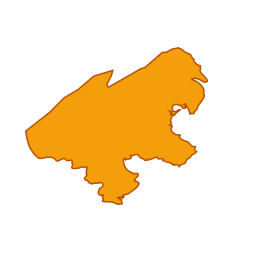 an SVG outline of Norðurland vestra, rotated 149°
{"feature_id": "ISL-697", "entity_name": "Norðurland vestra", "entity_type": "Region", "adm_level": 1, "iso_a3": "ISL", "parent_name": "Iceland", "parent_adm1": "", "projection": "robinson", "projection_center": [-19.727, 65.454], "detail": "fine", "context": "isolated", "style": "filled", "palette": "amber", "viewbox_px": 256, "rotation_deg": 149, "n_neighbors": 0, "source": "natural_earth", "source_scale": "10m", "svg_char_len": 5379}
<svg xmlns="http://www.w3.org/2000/svg" viewBox="0 0 256 256"><g transform="rotate(149 128 128)"><path d="M36.2,152.4L36.9,152.1L37.4,150.9L36.4,148.8L36.3,147.3L36.1,146.7L35.5,145.8L34.3,144.5L33.8,143.7L34.8,142.8L35.2,142.5L35.0,141.7L35.4,141.2L36.1,140.7L36.6,140.2L37.0,138.8L37.0,137.6L35.6,131.0L35.4,128.2L36.3,127.0L38.4,127.6L39.8,129.2L41.8,132.9L43.8,135.0L44.1,135.6L44.5,136.3L46.8,136.7L47.8,137.1L48.3,136.5L46.5,134.5L45.0,131.8L43.8,128.9L43.3,126.4L43.0,124.3L43.0,122.9L43.3,121.6L43.6,121.1L44.4,120.3L44.8,119.9L45.5,117.3L45.7,116.8L47.8,114.6L55.5,111.4L59.7,108.4L60.9,108.1L62.2,107.9L63.2,107.5L63.4,106.6L64.3,106.6L65.0,106.8L66.2,107.8L66.5,107.9L67.4,107.8L67.6,107.8L67.8,108.6L67.6,108.8L67.3,108.9L67.1,109.1L66.6,112.6L66.5,114.3L67.0,115.6L66.2,117.1L66.2,118.6L66.9,119.5L68.4,119.2L67.7,117.6L67.9,116.2L68.7,115.5L70.3,116.2L70.9,116.8L71.0,117.1L70.9,117.7L71.2,118.7L70.9,119.3L70.8,119.9L70.8,120.4L71.0,120.4L72.3,120.8L72.6,121.0L73.1,121.7L73.4,122.3L73.7,122.8L74.4,123.4L75.2,123.7L76.0,123.9L76.9,124.0L77.7,123.9L77.9,123.8L79.2,123.4L79.8,122.4L80.2,121.1L81.0,119.2L80.2,118.8L79.2,117.7L78.4,117.4L76.1,117.5L75.0,117.4L74.0,116.8L76.3,116.3L78.4,116.2L79.3,116.0L81.2,115.2L82.2,115.0L83.0,115.9L82.7,119.7L83.7,121.0L83.5,119.6L84.1,118.5L84.5,117.5L83.7,116.2L84.5,115.1L86.7,113.4L87.8,112.3L88.0,111.7L88.1,110.3L88.4,109.6L89.1,109.3L90.3,109.3L91.7,109.1L90.2,108.9L89.3,107.8L89.2,106.6L90.1,106.1L91.0,105.7L91.6,104.8L92.1,103.6L92.2,102.2L91.7,99.9L90.4,97.9L88.7,96.3L87.1,95.3L87.1,94.7L88.9,93.8L88.3,91.3L86.5,88.4L84.0,85.4L83.5,84.5L83.1,81.5L82.7,80.1L82.0,79.0L81.0,78.1L79.8,77.3L80.9,76.5L81.8,75.1L82.1,73.7L81.3,72.6L82.6,72.0L84.2,71.8L87.0,72.0L87.7,71.9L88.9,71.1L89.6,70.8L90.5,70.7L92.9,70.8L94.2,70.4L96.6,68.8L97.7,68.4L101.0,69.1L101.7,69.1L102.5,69.2L103.9,68.4L104.2,70.3L105.1,71.4L106.4,72.1L108.0,72.6L107.6,73.3L108.3,73.6L108.8,74.3L109.4,75.6L110.3,76.9L113.1,79.8L113.5,80.5L113.8,81.2L114.1,81.8L114.9,82.1L114.7,82.4L114.3,83.1L114.0,83.3L115.3,84.5L117.1,85.4L118.3,86.5L118.2,88.1L119.4,88.8L123.0,89.1L125.7,90.0L126.6,90.0L127.3,90.1L128.1,90.8L128.5,91.1L129.4,91.0L129.8,91.1L130.2,91.8L130.4,92.4L130.5,93.0L130.7,93.6L132.2,95.3L132.6,95.9L132.9,97.0L133.2,99.4L133.7,100.4L135.1,101.4L138.6,102.0L140.0,103.1L140.4,101.2L140.9,100.6L142.9,100.7L143.2,100.9L144.1,101.6L144.6,101.8L145.4,102.0L147.3,101.9L146.7,102.1L146.2,102.4L146.0,102.8L146.2,103.5L146.8,103.5L148.1,103.1L148.8,102.6L149.4,101.3L150.1,98.9L150.6,96.3L150.6,94.1L150.2,92.1L149.2,89.9L147.3,86.9L147.1,86.4L143.1,84.0L143.1,83.4L143.4,82.5L144.0,81.8L144.8,81.5L146.0,81.4L147.4,80.9L148.6,80.2L149.6,79.2L148.9,78.7L148.2,78.0L147.7,77.2L147.0,75.3L147.0,75.0L147.3,74.8L148.0,74.1L149.2,73.3L153.0,72.2L162.0,71.4L165.2,72.6L166.9,72.8L166.7,71.4L167.2,71.0L167.8,70.8L168.4,70.7L169.0,70.8L168.8,71.2L168.6,72.0L169.9,72.3L172.2,73.6L173.6,73.7L172.7,73.3L172.1,72.8L171.7,72.2L171.3,71.4L171.8,71.4L171.8,70.8L171.4,70.7L170.8,70.3L170.4,70.2L170.4,69.6L171.0,69.0L171.7,67.0L172.1,66.1L172.5,66.2L175.6,67.7L176.1,68.1L176.7,68.7L177.8,70.4L180.1,72.9L180.9,73.6L186.5,77.2L187.4,78.2L187.4,78.9L186.3,79.4L186.0,79.6L185.8,79.8L185.7,79.8L185.6,80.1L185.6,80.4L185.6,80.7L185.7,81.3L185.7,81.6L185.6,81.8L185.4,82.0L185.1,82.2L184.7,82.4L184.2,82.6L183.9,82.8L183.7,83.2L183.9,83.4L184.1,83.6L185.3,83.9L186.1,84.3L186.5,84.7L186.8,85.3L187.0,86.1L187.1,86.9L187.0,87.5L186.7,88.0L186.2,88.6L184.5,90.1L184.0,90.4L183.5,90.6L182.9,90.8L180.5,90.9L180.1,91.0L179.7,91.2L179.4,91.5L179.0,91.8L178.8,92.3L178.6,92.9L178.5,93.8L178.7,94.4L179.1,94.9L179.7,95.3L182.3,96.3L185.6,98.1L187.0,98.4L187.6,98.7L188.3,99.3L189.3,100.8L189.7,101.6L189.9,102.1L189.8,102.4L189.6,102.8L189.5,103.4L189.8,103.9L190.2,104.4L190.7,104.7L191.2,105.2L191.4,105.7L191.5,106.6L191.3,107.0L190.8,107.5L188.0,108.7L187.5,108.9L187.3,109.2L187.1,109.6L187.1,110.7L186.9,111.1L186.7,111.4L185.9,112.0L185.7,112.2L185.6,112.5L185.5,113.2L185.3,113.6L185.0,113.9L184.6,114.1L183.8,114.5L183.6,114.7L183.4,115.0L183.3,115.4L183.4,115.7L183.6,116.0L184.0,116.3L184.4,116.6L184.5,116.6L185.5,116.8L186.0,116.9L186.5,117.3L187.8,118.4L188.1,118.6L188.5,118.7L190.7,118.9L191.3,119.1L192.3,119.6L193.9,120.3L194.8,121.0L196.1,121.7L196.5,122.1L196.6,122.5L196.7,122.8L196.6,123.1L196.4,123.4L196.0,123.7L194.6,124.7L194.4,124.9L194.2,125.1L194.2,125.4L194.2,126.1L194.2,126.4L194.1,126.8L193.9,127.1L193.2,128.0L192.9,128.6L192.8,129.3L193.2,129.7L193.9,130.0L194.9,130.3L195.9,130.7L196.8,131.3L197.5,132.2L197.7,133.0L197.9,134.0L198.4,134.6L199.1,135.1L200.1,135.3L204.7,135.7L205.4,135.9L205.9,136.4L206.3,137.2L207.1,140.2L208.1,141.6L209.2,142.8L212.2,144.6L217.8,146.5L218.8,147.0L220.0,148.0L220.5,149.0L221.1,151.0L221.9,154.3L222.2,158.7L222.2,161.1L222.1,163.0L221.8,164.7L220.2,170.5L217.3,178.0L186.9,181.8L167.6,186.7L150.5,186.7L132.6,189.8L130.6,189.9L129.0,189.7L111.4,185.2L115.1,181.6L122.9,176.7L123.6,176.1L123.9,175.3L124.0,174.6L124.0,174.0L123.8,173.5L123.5,173.1L122.8,173.0L102.7,172.5L86.4,172.2L83.2,171.3L82.2,171.2L60.2,175.0L59.2,174.9L56.5,173.4L55.8,173.2L50.1,173.0L49.2,172.8L43.3,170.6L42.7,169.6L41.6,168.1L41.2,167.2L40.1,163.8L38.5,161.4L37.5,160.2L36.9,159.1L36.6,158.2L36.6,157.5L36.8,155.9L36.8,154.4L36.1,153.2L36.2,152.4Z" fill="#f59e0b" stroke="#b45309" stroke-width="1.5"/></g></svg>